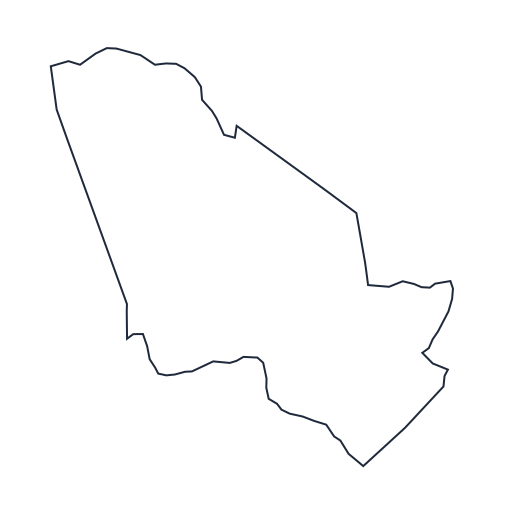 the district of Pedro Velho, Rio Grande do Norte, Brazil, rotated 177°
{"feature_id": "56859067B99924814436058", "entity_name": "Pedro Velho", "entity_type": "district", "adm_level": 2, "iso_a3": "BRA", "parent_name": "Brazil", "parent_adm1": "Rio Grande do Norte", "projection": "orthographic", "projection_center": [-35.235, -6.465], "detail": "fine", "context": "isolated", "style": "outline", "palette": "slate", "viewbox_px": 512, "rotation_deg": 177, "n_neighbors": 0, "source": "geoboundaries", "source_scale": "gbopen_adm2", "svg_char_len": 1076}
<svg xmlns="http://www.w3.org/2000/svg" viewBox="0 0 512 512"><g transform="rotate(177 256 256)"><path d="M159.9,40.6L116.2,76.6L75.6,115.9L74.0,126.3L70.3,132.5L85.1,139.4L95.0,150.6L88.2,155.0L84.0,163.5L78.2,171.1L66.7,190.6L62.4,202.9L61.0,213.2L63.2,220.8L78.6,219.0L84.0,215.3L92.3,216.2L99.7,219.8L110.8,223.1L124.8,218.3L145.6,221.1L146.7,235.3L147.4,243.6L153.5,293.6L184.9,319.5L268.5,387.0L270.9,375.2L281.6,378.7L288.2,395.5L292.4,403.2L301.7,414.8L302.1,428.0L307.7,437.8L317.5,447.2L325.7,452.1L335.8,453.0L346.9,452.3L360.9,462.7L384.7,470.5L394.1,471.4L405.5,466.6L421.7,456.2L433.1,460.4L451.0,456.2L447.4,412.7L438.5,382.8L387.4,214.8L388.0,207.2L389.1,180.1L382.7,184.4L373.0,184.0L369.4,171.5L367.6,158.5L362.6,149.9L359.8,143.7L351.8,141.5L343.3,141.9L332.9,144.1L326.0,144.1L304.2,153.0L287.8,150.6L280.9,152.3L273.8,155.9L259.9,154.5L254.4,149.0L251.9,133.2L252.6,123.8L250.8,112.7L242.7,107.3L238.6,101.2L230.6,96.8L217.9,93.3L206.4,88.2L194.7,83.9L187.4,71.7L181.4,67.3L173.9,53.6L159.9,40.6Z" fill="none" stroke="#1e293b" stroke-width="2"/></g></svg>